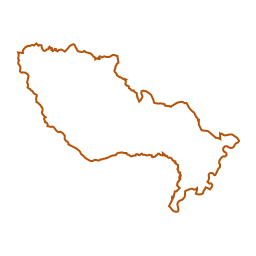 outline of Tautii Magheraus, Maramures, Romania, rotated 271°
{"feature_id": "2599482B35986305361226", "entity_name": "Tautii Magheraus", "entity_type": "district", "adm_level": 2, "iso_a3": "ROU", "parent_name": "Romania", "parent_adm1": "Maramures", "projection": "orthographic", "projection_center": [23.49, 47.714], "detail": "fine", "context": "isolated", "style": "outline", "palette": "amber", "viewbox_px": 256, "rotation_deg": 271, "n_neighbors": 0, "source": "geoboundaries", "source_scale": "gbopen_adm2", "svg_char_len": 5846}
<svg xmlns="http://www.w3.org/2000/svg" viewBox="0 0 256 256"><g transform="rotate(271 128 128)"><path d="M79.2,209.9L82.1,209.5L83.0,209.6L84.0,210.4L84.4,211.2L84.4,213.1L84.0,213.9L82.6,214.8L82.3,215.3L82.4,215.9L83.0,216.4L88.9,219.0L89.3,219.3L89.9,220.2L91.2,220.7L93.3,220.6L94.2,219.9L95.1,219.7L97.3,220.1L99.5,221.5L101.1,223.0L101.2,224.1L101.1,225.1L101.7,226.2L102.5,226.9L103.5,227.0L104.7,226.6L105.3,226.0L106.2,224.3L107.5,223.6L108.8,223.5L110.1,223.9L111.2,225.2L111.6,226.4L111.4,227.5L110.5,229.0L109.8,231.0L109.9,232.3L110.5,233.6L113.9,235.6L114.8,236.6L115.4,238.2L116.8,239.2L117.3,239.2L120.2,237.1L123.1,232.6L123.4,231.3L123.2,229.2L122.4,226.2L122.3,225.0L122.7,223.6L123.9,222.1L123.7,220.8L124.1,220.1L118.6,220.5L119.3,219.4L119.0,219.3L119.9,216.0L119.8,215.9L126.1,208.4L126.5,206.8L127.0,201.6L132.1,199.0L133.2,198.7L137.0,198.7L136.7,198.2L136.7,197.9L138.7,197.6L140.1,196.1L144.6,193.8L145.6,192.2L148.6,189.2L150.9,187.8L152.3,187.2L154.1,185.9L153.7,184.4L154.8,182.6L155.1,181.4L154.9,180.8L155.0,179.7L154.6,179.0L154.5,177.8L153.8,176.5L154.0,176.2L153.9,175.9L153.0,175.2L152.2,173.4L151.6,173.0L150.9,171.4L150.0,170.6L150.3,170.1L150.2,169.6L150.7,168.9L150.5,168.2L150.9,166.4L150.8,164.9L152.0,164.1L152.4,164.1L152.7,163.2L152.9,161.6L153.1,161.3L153.2,160.0L152.9,158.0L153.4,154.5L153.9,153.6L156.5,152.9L161.3,150.7L163.0,148.8L164.9,145.7L165.1,145.2L165.3,143.3L165.7,142.6L164.9,140.8L162.6,140.8L161.4,141.2L160.5,141.8L159.1,141.9L157.6,140.9L156.9,140.8L154.6,138.7L156.9,137.8L158.1,137.0L159.0,136.9L160.8,136.3L163.0,136.1L164.5,133.6L165.1,133.1L165.7,133.0L165.5,132.3L165.6,131.1L165.9,130.7L167.4,129.3L167.8,128.2L169.8,128.0L170.3,126.7L170.3,126.0L171.0,125.5L171.4,124.8L172.1,124.6L174.0,125.0L175.6,124.8L176.0,124.1L176.3,124.0L176.5,124.1L176.6,124.7L177.1,123.8L176.8,123.2L177.1,122.0L177.7,121.4L178.6,119.6L178.7,118.5L180.1,116.9L180.6,115.9L181.7,115.8L184.1,113.7L184.8,113.4L185.7,113.5L187.0,114.2L187.8,114.1L188.7,114.5L189.8,114.5L190.9,115.5L191.8,115.6L193.1,117.3L199.8,116.1L199.8,115.6L200.2,115.0L200.3,114.1L200.9,112.7L200.9,112.0L199.9,109.9L199.0,108.9L198.6,106.4L198.8,104.1L199.3,103.0L198.4,101.3L198.3,100.4L199.1,99.3L199.2,98.7L198.9,98.2L198.7,98.2L197.6,97.1L197.0,97.5L196.7,98.4L196.3,98.0L196.9,96.2L196.7,95.9L196.7,95.5L197.1,95.0L196.8,94.7L196.7,94.3L196.3,94.0L198.0,93.7L199.1,91.9L200.7,90.8L202.0,89.0L202.2,87.8L202.6,86.6L202.9,84.7L204.3,82.9L203.4,81.9L203.2,80.1L203.5,78.0L203.9,76.7L204.9,75.7L206.6,75.1L207.4,74.4L210.2,73.1L210.5,72.8L210.8,72.1L210.2,70.4L209.0,68.3L207.0,66.9L203.3,63.6L205.3,60.2L204.8,57.6L204.6,57.2L203.4,56.3L203.4,56.1L203.9,56.0L204.0,54.9L205.7,54.5L205.6,53.9L205.7,53.4L204.8,53.3L204.5,52.4L203.5,51.6L203.6,51.2L204.6,50.7L204.7,50.0L205.3,50.0L206.1,50.6L206.7,50.4L206.7,49.3L207.8,48.2L207.2,47.9L207.0,47.3L206.1,47.5L205.4,46.9L205.2,45.5L204.0,44.4L203.6,43.5L203.8,42.4L204.7,41.5L206.2,40.6L209.2,40.0L209.4,38.0L208.7,37.1L210.9,34.9L208.9,32.6L209.3,31.0L209.0,29.5L208.2,28.2L208.3,26.4L208.1,25.7L207.2,25.0L206.8,23.9L204.1,21.7L202.8,21.4L201.2,21.7L201.6,16.8L200.3,17.3L198.2,17.4L195.4,17.0L194.3,17.4L193.8,17.9L192.8,17.3L190.5,17.1L188.7,18.5L186.8,19.4L182.7,19.0L181.6,20.3L181.6,21.6L181.8,22.1L181.4,24.7L179.7,27.0L178.8,27.2L178.4,27.7L177.2,27.6L175.9,27.0L175.2,27.1L171.7,26.3L170.3,27.1L169.2,27.3L166.8,26.9L166.0,27.8L165.2,29.5L164.2,30.1L163.1,32.0L161.3,32.9L160.3,34.5L159.9,35.6L159.2,36.2L158.5,36.4L157.7,35.9L155.9,35.6L152.3,36.0L151.6,37.7L150.5,38.6L149.5,39.9L148.0,40.7L147.6,41.4L147.0,41.8L145.6,42.2L143.8,42.3L142.5,41.7L141.2,41.7L138.4,44.1L137.3,45.4L137.0,44.5L135.7,43.8L133.6,44.8L132.5,44.8L132.3,45.1L132.3,45.8L131.3,47.1L130.1,47.6L128.4,47.5L128.4,48.2L127.7,50.9L128.1,52.0L128.1,52.8L127.1,54.2L124.5,56.0L123.0,57.8L122.7,58.4L122.6,58.9L123.1,60.4L121.8,62.8L119.1,65.0L116.8,64.8L115.4,65.1L113.8,66.5L113.0,68.0L111.1,69.0L110.5,68.8L106.5,77.0L104.1,79.9L103.2,80.6L100.9,81.7L99.8,83.3L97.2,86.0L95.7,88.5L94.4,91.1L94.2,92.8L95.5,95.1L95.5,96.4L95.0,98.8L95.0,99.5L96.1,101.1L96.0,102.3L96.8,104.0L97.0,105.5L98.5,109.5L99.8,111.7L100.5,114.5L100.5,116.1L102.1,117.2L103.0,118.8L103.2,120.9L103.5,121.8L102.8,125.5L103.0,126.1L103.0,126.9L102.1,127.2L101.5,127.9L101.3,129.1L100.0,130.9L99.7,132.0L100.0,133.2L100.5,133.8L100.6,136.0L101.2,136.0L101.8,136.4L102.0,137.6L102.0,138.1L101.2,138.9L101.1,140.2L102.5,141.8L102.6,142.2L101.5,143.3L101.6,144.9L100.9,147.0L101.2,149.1L101.6,149.9L101.1,151.2L101.2,152.2L99.6,152.5L99.3,152.7L99.2,153.4L99.8,154.7L99.8,155.7L100.9,156.3L101.9,157.9L103.0,158.7L102.9,159.4L101.6,160.9L101.2,162.8L101.3,163.7L103.4,163.3L102.0,165.2L100.7,165.9L101.0,166.4L100.8,167.4L99.9,167.7L98.9,169.0L99.1,170.0L99.0,171.3L98.3,172.1L96.5,173.2L95.6,175.5L95.1,175.0L94.1,176.3L93.5,176.0L91.8,178.7L89.9,178.6L89.0,178.9L87.8,178.1L86.4,179.1L85.3,179.0L84.5,179.3L84.2,179.9L84.4,180.9L83.8,181.0L82.8,180.7L81.8,181.6L81.4,181.4L80.9,180.6L80.7,180.7L80.3,181.3L80.0,181.3L79.6,180.8L79.5,180.0L79.4,180.0L78.8,180.2L78.1,181.3L77.9,181.2L77.9,180.8L77.1,180.6L76.5,179.9L75.9,179.9L75.0,178.8L74.2,178.7L73.8,178.3L72.7,178.4L71.5,178.0L68.8,180.7L65.4,177.4L65.4,175.9L60.3,174.9L60.2,173.3L58.9,173.3L59.0,174.4L50.5,170.3L49.7,171.5L46.6,173.9L45.8,175.0L45.1,176.7L45.2,178.8L45.5,179.3L46.1,179.7L48.0,179.8L52.4,178.7L54.3,179.1L55.4,179.9L56.1,180.8L57.5,183.9L59.9,185.8L62.5,186.2L65.5,186.2L66.1,186.6L68.0,191.0L68.4,192.4L68.3,193.5L67.6,194.7L67.6,195.8L68.2,197.2L69.1,198.1L67.8,198.3L63.5,197.0L62.8,199.5L62.8,201.2L63.6,203.6L64.0,204.0L66.1,204.6L67.2,205.2L68.1,206.0L70.0,206.7L69.3,208.8L68.1,211.0L70.9,213.0L72.2,213.3L72.9,213.1L74.0,212.1L74.1,211.4L73.8,210.3L75.5,208.4L76.2,209.1L79.2,209.9Z" fill="none" stroke="#b45309" stroke-width="2"/></g></svg>